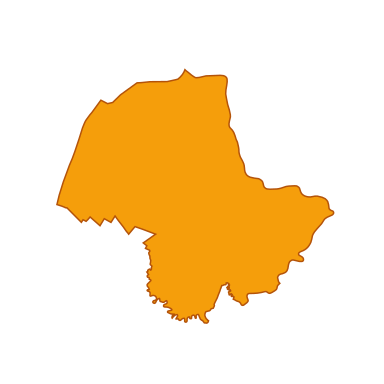 the district of Tran De, Sóc Trăng, Vietnam, rotated 221°
{"feature_id": "81297802B35680204276393", "entity_name": "Tran De", "entity_type": "district", "adm_level": 2, "iso_a3": "VNM", "parent_name": "Vietnam", "parent_adm1": "Sóc Trăng", "projection": "natural_earth1", "projection_center": [106.042, 9.495], "detail": "fine", "context": "isolated", "style": "filled", "palette": "amber", "viewbox_px": 384, "rotation_deg": 221, "n_neighbors": 0, "source": "geoboundaries", "source_scale": "gbopen_adm2", "svg_char_len": 5869}
<svg xmlns="http://www.w3.org/2000/svg" viewBox="0 0 384 384"><g transform="rotate(221 192 192)"><path d="M285.7,93.9L280.8,96.0L278.7,96.7L278.1,97.0L277.3,97.0L276.6,97.6L276.2,97.7L276.0,98.0L255.6,96.5L256.0,99.6L252.7,100.4L252.5,102.5L252.5,106.3L239.3,106.2L240.7,114.3L233.2,115.9L234.3,123.4L229.1,122.2L221.0,120.6L215.5,119.2L213.7,119.0L212.1,118.6L212.3,128.5L204.5,131.6L191.8,136.3L195.4,121.6L190.8,121.8L190.1,118.9L185.8,120.2L185.1,119.8L184.9,119.2L184.8,117.9L184.3,117.3L183.1,116.5L181.9,116.1L180.0,114.2L178.3,113.4L178.0,112.8L177.4,112.2L176.5,110.5L176.1,110.0L175.6,109.8L174.1,109.9L173.6,109.7L173.1,108.4L172.0,107.2L171.8,106.6L171.9,106.1L172.1,105.8L173.3,106.2L173.7,105.5L174.0,104.5L174.0,103.9L173.7,103.5L173.1,102.9L173.6,102.0L170.7,101.2L170.9,99.7L170.6,99.1L170.1,98.7L169.5,98.6L168.4,99.2L168.1,99.2L167.7,99.0L167.5,98.6L167.0,98.1L165.7,98.6L165.1,98.4L164.9,98.0L165.2,93.5L165.1,92.7L164.6,92.1L163.9,91.6L162.1,91.3L160.4,90.6L160.4,90.2L161.4,89.0L161.4,88.5L161.3,88.3L160.7,88.1L158.8,88.8L157.9,88.7L157.3,88.2L155.8,86.3L155.4,86.1L154.9,86.3L153.7,88.3L153.1,88.8L151.7,89.3L151.2,89.4L150.0,89.1L148.9,88.4L148.4,87.2L148.6,86.3L149.4,85.2L149.7,84.6L149.6,83.6L149.2,83.1L148.9,83.0L148.4,82.9L147.5,83.2L147.2,83.5L147.0,84.0L146.9,84.5L147.5,86.6L147.6,87.4L147.5,88.8L146.9,90.2L146.7,90.3L146.2,90.1L144.7,88.7L144.4,88.6L143.9,88.6L143.3,89.1L142.7,89.2L141.6,89.7L140.9,90.3L140.2,92.9L140.0,93.2L139.7,93.3L138.4,92.5L138.0,91.8L138.0,90.9L138.1,90.7L139.0,89.1L139.2,88.6L139.0,87.8L138.6,87.2L138.0,87.0L137.2,87.3L135.3,88.8L134.0,89.5L131.9,90.1L130.6,90.2L129.9,89.9L129.9,89.3L132.0,86.4L132.0,85.8L131.6,85.3L131.3,85.2L128.4,86.0L127.4,86.5L125.2,88.1L125.0,87.6L125.6,86.0L125.6,85.4L124.6,83.9L124.2,83.8L124.2,84.1L124.3,85.5L124.0,87.9L123.6,88.7L122.9,89.7L122.3,89.7L121.6,89.2L121.2,87.6L120.9,85.8L120.8,85.7L120.0,86.3L119.4,87.0L119.0,87.2L117.7,86.8L116.8,87.2L116.5,87.7L116.1,90.2L115.5,91.1L115.0,91.6L114.2,91.3L112.6,89.5L111.8,89.4L111.2,89.8L110.9,90.4L110.9,90.9L111.4,91.8L112.5,93.0L112.8,94.2L112.7,95.1L112.5,95.5L112.0,96.0L111.7,96.0L111.0,95.3L110.4,95.2L109.9,95.5L109.5,95.9L109.5,96.5L110.5,97.5L110.8,98.4L110.7,99.0L110.3,99.9L109.9,100.2L109.4,100.3L108.6,100.1L106.8,99.0L106.4,99.1L106.2,99.3L106.3,99.8L107.6,101.2L107.9,101.7L107.8,102.6L107.2,103.5L106.8,103.7L106.1,103.5L104.1,102.4L102.1,101.5L100.4,101.6L99.7,101.9L96.8,101.3L96.4,101.7L95.1,102.5L94.7,103.0L94.5,103.9L94.6,104.7L95.1,105.7L96.2,105.5L96.6,105.7L98.2,105.7L100.1,106.5L101.5,107.4L102.3,108.6L102.9,110.1L102.9,110.8L102.7,111.2L101.5,113.0L100.9,113.8L100.7,114.5L100.9,116.5L99.7,118.2L100.2,120.0L100.6,121.0L101.6,121.7L102.1,123.3L103.5,128.7L104.6,131.5L106.0,135.6L107.2,138.2L107.1,138.4L108.2,140.9L107.5,141.5L107.0,143.0L106.2,143.6L105.7,144.4L106.0,145.2L106.5,145.8L105.7,146.7L105.4,146.6L104.5,147.0L104.1,147.0L103.9,146.2L103.6,146.0L103.4,146.0L103.0,146.4L102.7,146.4L102.1,145.1L102.9,144.6L103.1,144.3L102.9,143.6L103.0,142.8L102.4,142.5L101.8,142.6L101.6,143.8L101.1,144.2L100.9,144.0L100.7,143.6L101.0,142.0L99.9,142.3L99.0,143.2L98.0,142.8L97.9,142.5L98.7,141.1L98.8,140.5L98.3,140.0L97.6,139.7L96.6,138.8L96.3,138.8L96.0,139.2L95.8,140.8L95.5,141.0L94.3,140.9L94.3,139.4L93.8,139.1L93.3,139.3L92.8,140.3L91.9,140.0L91.5,140.3L91.0,139.6L90.7,138.5L90.4,138.1L89.7,138.5L87.0,139.0L84.5,140.0L83.8,140.1L82.8,140.0L80.9,139.3L80.2,139.3L79.7,139.5L79.2,139.9L78.8,140.5L78.0,144.4L78.0,146.0L78.2,146.5L78.6,147.1L80.9,148.4L82.2,149.4L82.8,150.5L82.9,151.4L82.8,152.1L82.3,152.9L78.9,156.0L76.2,158.7L73.7,161.7L71.8,164.4L71.1,165.2L70.5,165.6L68.0,165.9L66.9,166.5L66.3,167.4L65.7,168.8L64.8,171.6L64.5,173.0L64.4,173.8L64.6,174.7L65.8,177.0L66.0,177.8L65.8,180.7L66.9,180.8L68.0,181.2L71.1,183.4L71.5,184.0L71.8,184.7L71.9,185.8L71.9,186.6L71.4,188.0L70.1,189.8L69.1,191.8L68.8,192.6L68.6,193.8L68.7,195.0L69.5,197.2L71.4,200.3L72.1,201.8L72.6,203.6L72.2,205.4L71.8,206.3L71.0,207.1L65.5,210.0L64.0,211.2L63.2,212.1L63.0,212.8L63.1,213.4L63.3,213.9L63.9,214.5L64.6,215.0L65.6,215.2L66.6,215.2L69.0,214.7L70.2,214.6L71.0,215.2L71.2,215.5L71.4,216.1L71.2,217.3L71.0,218.0L69.6,220.8L69.0,222.5L68.6,224.2L68.4,226.1L68.5,228.1L68.8,230.0L69.3,232.0L70.6,234.8L72.5,238.2L73.0,239.9L73.4,242.2L73.5,246.4L73.4,253.1L74.1,257.8L74.1,259.1L73.4,261.7L71.2,266.4L71.0,267.1L71.0,268.2L71.3,269.1L72.0,269.7L73.1,270.0L75.1,269.3L76.1,269.2L77.3,269.3L77.9,269.6L80.7,272.1L83.3,273.8L84.9,274.2L87.1,274.3L90.3,273.4L94.7,271.1L96.5,269.5L99.4,265.9L101.2,264.5L102.4,263.8L104.5,262.9L106.6,262.6L108.2,262.7L109.9,263.3L113.4,265.4L114.6,265.6L116.3,265.4L117.0,265.2L118.5,264.1L122.7,260.1L124.6,257.9L127.2,253.5L128.7,251.4L129.9,250.0L134.9,245.3L137.4,243.5L138.9,243.0L140.8,243.1L142.0,243.7L144.1,245.2L145.7,246.1L147.0,246.3L148.4,246.2L150.0,245.9L150.7,245.6L154.0,243.4L157.9,241.3L159.7,240.8L161.6,240.7L162.7,240.9L164.7,241.7L165.4,242.1L166.7,243.1L167.9,244.3L170.1,246.3L171.6,247.3L174.4,248.6L178.2,250.0L179.7,250.8L181.7,252.1L182.8,253.0L184.7,255.0L186.2,256.3L190.4,259.4L193.3,260.7L196.3,262.6L199.5,264.3L202.1,265.1L205.9,265.5L207.4,266.3L208.9,267.8L210.3,270.1L212.3,273.9L213.8,275.5L217.8,278.5L222.3,281.3L227.1,285.0L230.9,288.1L233.3,291.2L235.8,295.3L237.8,298.3L239.6,300.2L240.5,300.8L242.1,301.1L243.4,300.9L244.8,300.3L247.3,298.5L257.6,288.8L261.7,283.2L263.6,281.2L264.6,280.5L266.4,280.2L269.0,279.9L273.3,279.8L276.3,279.6L277.6,279.7L276.8,277.3L276.3,274.3L276.3,270.8L276.7,267.9L278.2,265.7L283.2,259.0L296.0,247.7L302.1,241.2L305.1,238.3L309.7,218.5L310.6,207.5L313.7,203.3L321.0,201.5L319.7,186.1L319.7,183.3L319.2,177.3L318.9,175.4L318.3,173.3L316.7,168.6L312.1,158.1L307.0,145.8L304.3,138.7L302.1,131.9L295.7,115.1L290.2,102.6L285.7,93.9Z" fill="#f59e0b" stroke="#b45309" stroke-width="1.5"/></g></svg>